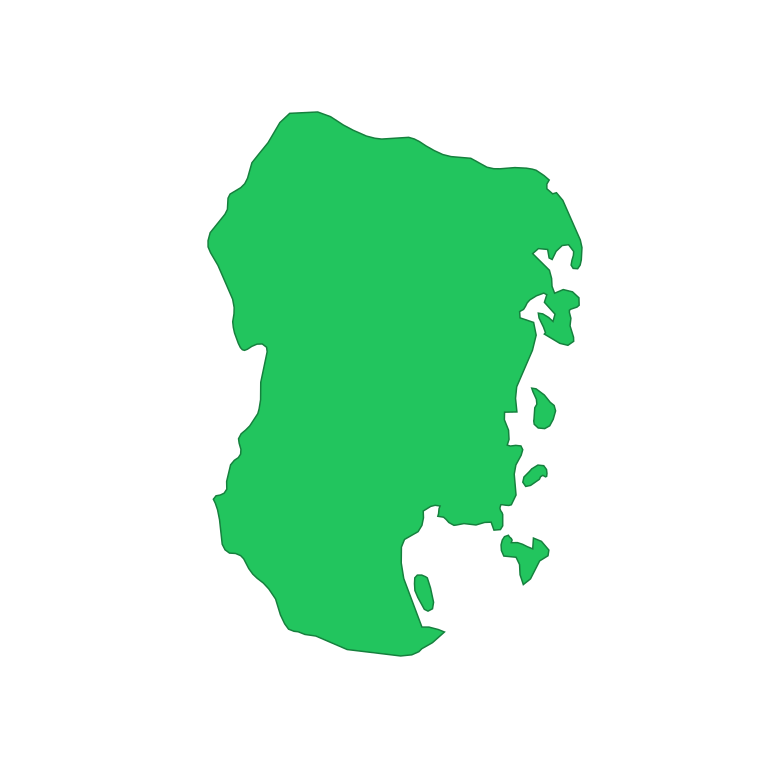 outline of Hiroshima, rotated 299°
{"feature_id": "JPN-1821", "entity_name": "Hiroshima", "entity_type": "Prefecture", "adm_level": 1, "iso_a3": "JPN", "parent_name": "Japan", "parent_adm1": "", "projection": "orthographic", "projection_center": [132.763, 34.576], "detail": "fine", "context": "isolated", "style": "filled", "palette": "green", "viewbox_px": 768, "rotation_deg": 299, "n_neighbors": 0, "source": "natural_earth", "source_scale": "10m", "svg_char_len": 3763}
<svg xmlns="http://www.w3.org/2000/svg" viewBox="0 0 768 768"><g transform="rotate(299 384 384)"><path d="M642.5,429.6L637.8,429.5L633.7,431.8L632.1,439.3L634.9,442.1L631.3,451.4L605.1,485.9L599.3,491.0L588.2,496.4L583.1,497.9L578.7,497.5L576.8,493.4L578.7,490.0L583.3,488.4L588.3,487.3L591.9,485.6L595.3,477.9L591.5,472.7L583.5,470.2L574.4,470.7L574.3,467.3L581.0,461.9L577.3,453.4L570.1,450.8L563.7,473.5L557.6,479.4L550.9,483.6L546.1,489.2L553.5,495.0L556.0,504.2L553.9,512.7L547.5,516.5L544.8,515.5L540.1,511.2L538.4,510.4L536.4,511.5L532.1,515.6L525.1,518.5L516.8,527.1L513.3,529.2L507.0,526.1L504.8,518.1L505.4,500.0L507.1,500.4L511.0,496.0L516.9,487.6L520.8,484.6L522.3,488.9L522.0,495.9L520.6,501.5L528.0,499.7L533.2,484.7L541.0,483.1L541.0,479.7L535.1,474.6L528.3,470.8L524.2,469.9L520.5,470.1L516.9,469.9L513.1,467.5L507.8,470.9L510.4,485.0L500.5,493.4L485.4,497.5L445.9,501.4L435.2,506.0L424.0,513.8L417.8,503.1L411.1,506.6L404.0,515.3L396.2,520.2L390.3,521.4L391.0,524.6L394.2,529.0L396.2,533.8L393.8,537.2L388.2,538.5L377.1,538.6L368.3,541.6L350.9,553.3L340.1,553.9L338.3,552.1L336.9,549.0L335.8,546.0L335.1,544.7L331.6,545.5L329.8,547.4L328.7,549.6L327.4,551.1L317.5,556.6L313.1,556.4L309.5,551.0L315.1,544.7L311.7,539.1L305.3,532.8L300.7,521.6L295.7,515.6L294.3,513.7L294.3,507.8L295.6,504.2L296.4,500.7L294.4,495.2L297.0,494.6L301.6,492.6L304.5,492.2L302.7,487.5L299.6,484.2L291.9,479.9L286.1,483.4L278.8,485.7L271.4,485.4L258.0,477.3L249.8,478.3L235.9,485.8L223.4,495.6L189.8,535.0L193.2,541.2L195.6,550.6L196.4,557.1L193.5,556.1L181.3,551.8L170.8,545.4L166.8,544.3L160.6,539.6L154.2,530.4L133.9,480.5L130.5,446.5L126.6,436.2L125.7,429.1L124.1,425.2L123.3,419.4L126.1,413.4L131.8,405.4L143.4,393.4L148.9,382.6L151.4,375.0L152.6,367.2L154.1,361.4L157.0,355.2L163.1,346.0L164.4,341.8L163.8,336.3L161.2,330.8L161.9,325.4L165.4,320.2L185.5,306.0L193.3,299.4L198.0,294.2L200.5,290.6L204.8,291.3L207.5,294.6L211.0,297.1L215.8,297.5L222.5,293.6L239.0,289.0L244.7,290.1L249.0,292.3L253.1,292.6L257.4,290.6L262.0,286.0L265.6,283.3L271.3,283.2L276.6,285.3L282.2,286.9L296.9,288.0L301.8,286.8L310.4,283.7L325.7,275.4L355.5,266.2L359.2,263.5L360.0,258.1L357.3,253.6L352.8,250.1L348.2,247.7L345.8,245.7L345.3,243.5L346.2,240.8L348.9,236.9L356.1,228.6L360.4,224.8L365.1,221.5L372.6,218.8L378.2,215.9L384.8,210.5L407.3,181.2L414.7,168.7L418.6,163.7L424.1,160.6L432.1,158.6L455.3,162.6L460.8,162.4L470.9,157.5L475.5,157.3L486.2,163.5L491.6,165.1L497.8,164.9L513.5,161.2L524.8,163.1L538.8,165.6L562.2,166.2L575.0,170.3L589.8,194.2L591.9,207.7L590.8,222.9L591.0,234.0L592.3,248.3L594.5,256.8L597.1,263.2L611.7,286.0L613.0,291.7L613.2,297.6L612.6,305.2L612.5,314.7L613.2,324.2L615.4,332.4L623.5,350.5L623.5,368.9L625.5,375.6L628.4,381.0L636.7,393.5L641.8,403.9L643.8,409.5L644.7,413.4L643.9,422.8L642.5,429.6L642.5,429.6ZM313.3,610.7L304.7,605.9L284.6,606.6L276.1,603.1L283.1,595.5L291.8,590.1L296.5,583.5L291.6,572.2L295.3,567.4L300.0,564.4L304.9,563.1L308.9,563.4L312.0,566.1L311.0,568.1L310.6,570.2L309.6,571.7L306.9,572.2L310.0,577.7L311.0,582.9L311.2,588.2L311.9,594.0L321.7,589.4L322.7,598.0L318.7,608.7L313.3,610.7ZM449.3,518.2L452.0,515.2L453.5,519.3L452.1,529.6L448.6,538.2L447.7,543.2L443.7,547.1L435.2,549.1L427.8,549.2L422.9,546.2L420.3,540.2L421.6,534.9L424.4,532.8L425.6,532.4L436.3,527.4L440.4,527.5L444.5,524.7L449.3,518.2ZM233.0,505.8L235.2,509.7L235.6,513.8L235.4,515.9L228.1,523.6L217.1,533.2L210.9,535.4L206.7,532.6L206.5,528.5L213.7,517.1L218.3,511.2L224.1,507.5L229.4,504.9L233.0,505.8ZM381.5,554.4L387.7,557.9L390.0,563.3L388.0,567.6L384.8,569.9L382.1,571.0L381.1,570.3L381.1,567.2L378.9,565.9L376.0,566.1L366.4,561.4L363.1,557.6L365.4,553.0L370.5,551.5L377.9,553.6L381.5,554.4Z" fill="#22c55e" stroke="#15803d" stroke-width="1.5"/></g></svg>